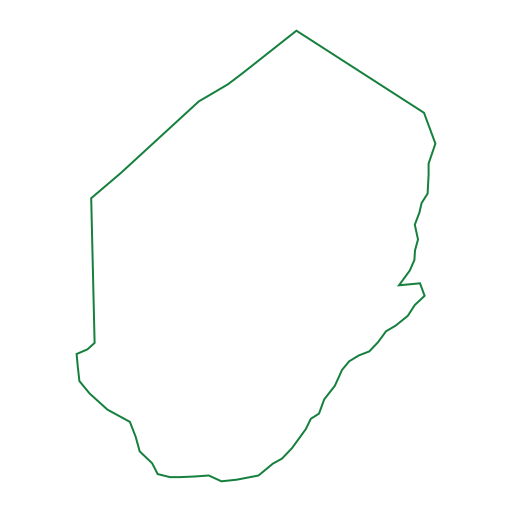 Serrinha dos Pintos, Rio Grande do Norte, Brazil (orthographic projection)
{"feature_id": "56859067B3628897818784", "entity_name": "Serrinha dos Pintos", "entity_type": "district", "adm_level": 2, "iso_a3": "BRA", "parent_name": "Brazil", "parent_adm1": "Rio Grande do Norte", "projection": "orthographic", "projection_center": [-37.983, -6.143], "detail": "fine", "context": "isolated", "style": "outline", "palette": "green", "viewbox_px": 512, "rotation_deg": 0, "n_neighbors": 0, "source": "geoboundaries", "source_scale": "gbopen_adm2", "svg_char_len": 813}
<svg xmlns="http://www.w3.org/2000/svg" viewBox="0 0 512 512"><path d="M407.8,315.8L414.8,305.0L424.6,295.8L420.0,283.3L399.0,285.3L409.8,270.5L414.4,260.0L415.0,250.4L418.0,239.5L414.8,224.7L419.4,212.6L421.6,203.0L427.6,193.6L428.6,174.7L428.6,163.6L435.4,143.6L424.0,112.8L296.4,30.7L242.7,73.1L227.9,84.3L198.8,101.4L120.7,173.1L91.2,198.2L94.6,342.9L87.4,349.4L76.6,354.0L77.8,366.8L79.4,381.1L89.6,393.5L107.4,409.6L129.9,421.9L135.7,436.9L139.7,451.4L152.1,463.2L157.7,474.1L169.9,477.1L180.8,477.1L194.6,476.5L208.8,475.5L221.4,481.3L236.7,479.7L258.5,475.5L272.9,463.6L282.0,458.6L292.0,448.1L305.8,429.1L310.8,418.8L319.0,413.6L324.2,399.4L334.9,385.7L342.1,369.8L349.3,361.2L358.9,355.4L369.3,351.4L378.1,342.1L386.0,331.3L395.8,325.5L407.8,315.8Z" fill="none" stroke="#15803d" stroke-width="2"/></svg>